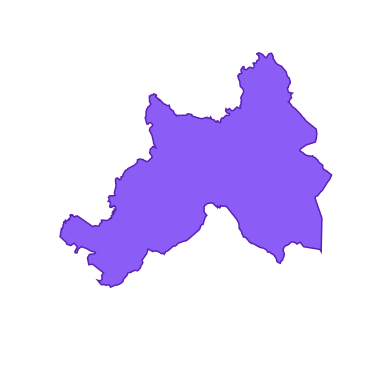 Denkyembour, Eastern, Ghana (Natural Earth projection), rotated 157°
{"feature_id": "2480657B53762921220630", "entity_name": "Denkyembour", "entity_type": "district", "adm_level": 2, "iso_a3": "GHA", "parent_name": "Ghana", "parent_adm1": "Eastern", "projection": "natural_earth1", "projection_center": [-0.823, 6.057], "detail": "fine", "context": "isolated", "style": "filled", "palette": "violet", "viewbox_px": 384, "rotation_deg": 157, "n_neighbors": 0, "source": "geoboundaries", "source_scale": "gbopen_adm2", "svg_char_len": 6043}
<svg xmlns="http://www.w3.org/2000/svg" viewBox="0 0 384 384"><g transform="rotate(157 192 192)"><path d="M190.2,296.7L191.8,297.3L192.7,296.8L193.8,296.9L195.8,291.6L195.5,289.1L196.8,288.1L199.3,287.4L201.4,285.8L203.0,283.7L204.7,279.7L205.7,279.2L206.1,278.4L207.0,272.3L206.2,271.6L204.3,272.3L203.4,272.3L202.2,271.0L202.2,268.7L202.9,268.1L205.3,267.5L207.1,265.6L206.7,259.9L207.7,253.7L208.3,252.0L208.1,246.9L209.8,249.0L210.4,249.2L212.1,248.1L213.5,247.9L215.7,244.4L214.9,241.2L215.2,239.5L220.2,237.6L222.3,237.8L223.0,239.3L223.9,239.9L224.3,241.0L225.4,241.4L226.3,242.4L227.2,242.8L229.6,243.0L230.9,240.5L234.9,239.1L241.9,238.6L242.7,237.9L244.9,237.8L248.8,235.0L249.7,233.2L251.2,233.7L251.8,233.2L251.9,232.0L252.7,231.3L254.0,231.5L254.1,232.5L254.5,232.5L255.3,234.2L256.9,234.0L258.0,232.3L259.5,227.3L263.8,221.6L264.1,218.8L269.1,220.5L269.1,220.2L270.4,220.2L271.1,219.5L270.7,218.2L271.9,216.6L272.6,216.3L271.8,215.9L272.0,215.5L271.3,214.8L271.4,213.8L272.1,212.3L273.4,211.2L273.5,210.5L273.2,209.9L272.5,210.0L272.8,209.7L272.5,209.4L271.3,209.4L270.9,209.9L269.8,209.4L269.0,209.8L269.0,209.2L268.5,209.2L268.4,207.7L268.9,206.1L269.2,205.7L269.6,206.0L269.8,205.3L270.1,205.8L270.1,205.1L270.6,205.7L271.3,205.0L271.9,205.3L272.8,204.8L271.9,204.3L271.6,203.4L271.9,203.2L273.1,203.6L273.4,203.4L273.0,203.2L273.1,202.0L274.7,201.9L275.0,201.4L275.5,201.6L276.1,199.5L276.5,199.4L276.3,199.8L276.6,199.9L276.8,199.3L277.3,199.2L277.4,199.8L277.8,199.8L279.5,199.0L281.1,198.9L286.0,201.4L286.5,201.4L286.5,199.8L287.5,199.5L287.9,199.0L288.9,199.0L290.6,197.3L291.4,197.0L294.7,199.1L296.8,198.8L306.9,214.8L308.5,215.2L309.0,214.7L310.2,215.4L310.8,216.1L310.6,216.4L310.8,217.2L311.8,217.4L311.4,218.0L312.7,218.6L313.4,218.1L313.0,217.3L314.5,215.8L315.7,215.3L315.6,214.9L316.2,215.1L316.4,214.3L317.7,214.8L318.3,214.3L319.3,214.3L319.6,215.5L320.3,214.9L320.4,213.3L321.5,214.6L321.9,214.4L322.5,212.9L323.7,211.9L324.1,210.7L326.1,208.5L326.5,209.3L330.9,202.4L327.6,195.2L327.6,192.8L324.5,190.1L320.4,190.9L319.0,186.1L323.1,183.0L323.2,181.5L321.8,180.9L319.2,183.8L315.2,184.9L311.4,181.4L307.4,176.3L304.9,175.0L304.8,173.3L307.9,173.6L310.6,174.7L313.9,172.3L315.4,165.4L311.6,164.3L305.0,152.0L307.7,150.6L308.5,147.4L310.6,146.0L311.7,146.3L313.4,147.7L311.8,142.3L310.6,141.5L309.4,141.5L307.5,139.7L306.5,139.6L304.4,138.5L304.1,136.2L299.1,136.3L296.8,135.5L293.4,135.7L290.6,136.5L289.2,138.5L287.5,139.1L286.2,140.0L284.8,140.3L282.7,142.6L279.4,141.9L279.1,142.3L275.2,142.2L272.7,140.7L269.2,142.3L267.3,144.6L266.4,144.9L264.8,146.3L264.8,148.1L264.4,148.9L258.0,152.8L254.7,156.7L251.3,152.4L250.2,152.5L248.8,152.1L246.4,150.4L244.0,147.0L242.3,146.8L241.9,145.5L239.8,147.2L236.7,147.4L230.4,149.5L228.6,148.8L226.7,149.2L225.4,150.2L219.0,150.0L216.7,149.4L214.4,149.8L199.8,154.6L197.9,156.4L197.7,157.2L195.9,158.0L194.2,158.0L193.2,159.7L189.7,163.6L187.5,164.7L188.4,167.6L188.4,170.2L187.4,171.5L187.2,172.8L185.8,174.4L182.6,175.3L180.4,175.0L177.5,173.9L176.5,172.4L176.4,171.2L175.6,169.9L175.3,168.9L174.8,169.1L174.5,168.4L174.1,168.6L174.2,168.0L173.9,168.3L173.0,167.5L173.2,167.2L172.7,166.6L172.3,166.6L172.1,167.3L171.7,167.3L171.2,168.1L170.9,167.8L170.6,168.2L169.8,167.2L166.9,166.1L166.3,165.1L165.9,165.3L161.6,149.7L161.0,145.5L162.0,141.9L162.8,140.5L162.3,140.0L162.6,139.0L162.0,136.5L161.9,135.3L162.4,134.3L162.0,131.8L162.3,131.0L161.9,130.2L160.6,129.4L159.7,127.9L159.7,126.9L158.9,125.0L158.7,123.6L157.2,121.2L155.9,120.7L151.3,114.7L147.8,112.1L146.0,109.4L145.8,107.3L145.5,106.8L144.4,106.8L143.9,106.3L143.5,105.1L141.3,102.2L140.4,97.8L141.0,94.7L139.7,92.9L138.6,91.9L136.7,93.8L135.3,93.8L135.0,94.6L133.2,96.1L131.3,98.5L130.9,102.4L130.3,103.8L128.5,105.4L126.7,106.0L124.3,105.8L119.7,107.3L116.8,105.2L115.8,103.1L112.0,103.5L110.6,98.0L96.7,89.2L96.4,86.7L82.6,117.3L81.2,137.6L80.5,139.2L79.8,139.5L77.9,139.4L73.3,141.9L71.3,142.6L63.3,148.2L60.3,149.8L56.8,153.1L58.9,156.8L59.2,158.1L60.2,158.6L60.5,159.6L62.0,161.4L62.2,163.9L61.3,164.9L61.4,166.1L63.4,169.2L63.9,172.5L64.7,173.8L65.1,175.4L66.5,176.6L66.8,178.2L67.9,178.2L71.3,180.2L73.4,182.3L74.4,184.5L76.5,187.6L76.4,188.3L75.2,189.3L68.3,190.7L58.9,189.8L56.6,192.8L54.4,196.7L53.1,201.3L59.3,212.9L60.3,216.8L60.9,217.4L61.6,220.9L64.4,228.3L66.3,231.3L66.9,234.7L68.1,237.3L67.0,237.3L66.0,238.8L63.6,239.7L63.4,242.8L60.9,243.8L63.7,245.6L64.2,247.4L63.4,250.6L62.5,250.6L61.2,252.4L59.1,253.7L58.3,255.7L58.1,259.2L59.1,261.2L58.4,265.7L60.4,272.6L63.4,276.0L64.5,278.5L64.9,282.6L65.3,283.5L64.5,284.4L64.3,285.4L64.5,288.2L64.9,288.9L67.6,289.0L69.9,287.3L71.5,286.7L72.0,287.3L73.4,291.1L75.9,293.9L78.3,294.0L78.4,293.4L77.3,291.4L78.3,288.3L78.6,287.9L81.1,287.4L82.1,286.0L83.0,285.7L84.9,286.8L85.5,286.6L85.3,284.1L85.9,282.9L86.8,282.2L88.3,282.5L88.8,283.5L89.9,284.2L91.6,284.2L93.6,283.4L94.5,283.5L96.2,284.9L95.3,286.1L95.3,287.0L95.6,287.4L96.5,287.3L99.1,285.5L99.7,283.7L99.6,282.4L99.9,281.8L102.3,282.3L103.2,281.1L103.9,281.4L104.5,280.9L104.9,277.7L104.8,275.3L106.3,270.4L104.8,266.9L105.2,264.0L110.3,259.7L110.6,257.1L111.7,255.8L112.4,253.9L114.2,252.5L114.4,250.5L115.5,250.5L117.4,252.7L122.2,250.8L123.8,251.4L125.0,254.2L127.3,253.6L128.1,255.4L129.1,254.1L129.3,253.1L128.7,250.9L126.9,249.6L127.3,248.4L128.2,248.1L130.5,249.2L131.8,249.0L134.3,247.6L135.3,248.5L137.7,247.0L138.0,245.3L139.1,245.0L139.6,245.4L140.5,247.5L141.3,247.6L142.2,246.7L142.6,246.9L143.6,249.8L145.5,251.3L145.5,253.8L146.8,252.7L147.9,253.9L149.1,254.1L149.1,255.0L154.0,255.5L154.8,255.9L158.1,258.4L162.4,262.2L161.9,263.0L162.7,264.0L165.1,265.6L165.9,265.7L167.0,264.8L175.2,268.1L176.7,268.1L176.6,269.7L177.2,269.8L177.9,271.1L177.5,272.2L177.5,273.9L178.4,274.8L178.5,275.7L179.6,276.9L179.1,280.8L180.3,280.9L181.3,281.5L182.4,283.3L183.4,283.8L185.7,289.8L186.5,289.3L186.8,289.9L186.7,291.1L188.3,293.8L188.1,294.4L187.6,294.2L187.1,294.5L187.1,295.8L187.6,296.0L188.8,297.3L190.2,296.7Z" fill="#8b5cf6" stroke="#5b21b6" stroke-width="1.5"/></g></svg>